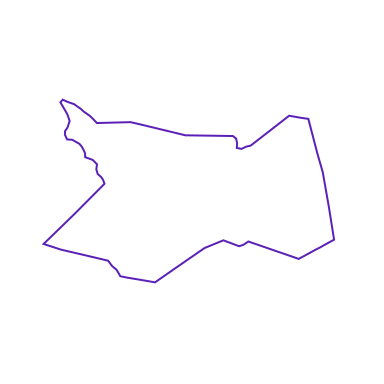 Padre Marcos, Piauí, Brazil, rotated 104°
{"feature_id": "56859067B96741348812149", "entity_name": "Padre Marcos", "entity_type": "district", "adm_level": 2, "iso_a3": "BRA", "parent_name": "Brazil", "parent_adm1": "Piauí", "projection": "robinson", "projection_center": [-40.885, -7.38], "detail": "fine", "context": "isolated", "style": "outline", "palette": "violet", "viewbox_px": 384, "rotation_deg": 104, "n_neighbors": 0, "source": "geoboundaries", "source_scale": "gbopen_adm2", "svg_char_len": 1040}
<svg xmlns="http://www.w3.org/2000/svg" viewBox="0 0 384 384"><g transform="rotate(104 192 192)"><path d="M203.9,42.6L173.8,55.4L141.2,69.9L124.8,79.4L92.9,96.8L93.7,104.7L94.5,116.2L132.8,146.3L134.9,150.4L138.2,154.4L138.4,159.2L133.9,160.0L129.5,162.1L127.8,165.9L138.6,212.2L138.9,256.7L139.1,268.6L148.1,301.0L145.1,305.6L142.8,309.6L140.1,316.7L138.4,319.7L135.3,327.7L134.7,334.3L133.7,339.7L136.8,341.4L144.3,334.1L146.8,331.7L152.7,327.9L159.8,328.4L163.5,329.9L167.1,329.2L171.2,325.9L170.3,320.8L172.5,312.9L174.6,310.0L177.4,307.4L180.2,305.2L184.1,304.0L184.4,300.4L184.9,296.1L188.1,290.9L193.2,290.3L197.4,287.8L199.4,283.8L201.9,281.1L205.2,278.9L241.4,300.5L278.3,323.4L279.6,305.4L279.1,268.0L279.0,261.1L279.0,256.7L283.2,251.6L285.7,246.4L291.1,241.1L290.7,233.3L289.7,221.1L288.6,206.0L270.5,190.2L248.0,170.4L243.3,166.2L237.4,158.2L231.3,149.9L233.2,133.2L230.9,129.5L226.4,125.3L227.1,117.4L231.1,72.3L218.0,58.0L214.6,54.1L211.1,50.4L207.4,46.4L203.9,42.6Z" fill="none" stroke="#5b21b6" stroke-width="2"/></g></svg>